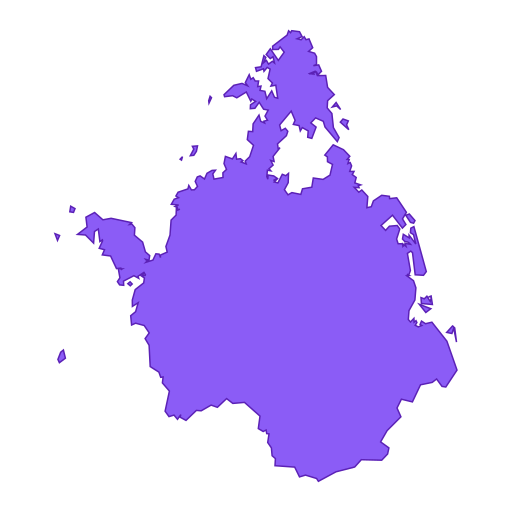 Antsiranana II, Diana, Madagascar (Mercator projection)
{"feature_id": "10022922B22775533170221", "entity_name": "Antsiranana II", "entity_type": "district", "adm_level": 2, "iso_a3": "MDG", "parent_name": "Madagascar", "parent_adm1": "Diana", "projection": "mercator", "projection_center": [49.235, -12.498], "detail": "fine", "context": "isolated", "style": "filled", "palette": "violet", "viewbox_px": 512, "rotation_deg": 0, "n_neighbors": 0, "source": "geoboundaries", "source_scale": "gbopen_adm2", "svg_char_len": 6032}
<svg xmlns="http://www.w3.org/2000/svg" viewBox="0 0 512 512"><path d="M280.0,147.7L278.2,148.8L277.5,143.9L286.4,135.7L287.8,131.3L285.3,128.3L281.1,130.7L279.6,125.0L291.2,111.1L295.1,120.3L293.3,124.4L299.1,125.6L300.3,130.9L302.3,127.6L308.2,130.9L307.7,137.3L311.8,138.4L316.1,127.1L310.8,122.9L315.6,117.9L323.3,121.3L325.0,127.0L337.3,141.6L339.1,137.6L333.4,127.6L331.9,113.5L327.2,107.9L327.6,100.7L334.3,94.6L327.6,87.4L325.7,75.5L317.4,75.6L315.8,71.7L313.2,72.8L314.5,74.8L313.1,73.5L312.2,74.1L311.4,73.6L309.9,73.9L309.4,73.6L315.2,71.2L316.6,72.1L317.9,74.9L321.5,71.3L318.7,64.9L313.4,65.7L316.5,64.4L316.5,56.6L314.6,53.2L308.6,51.4L312.7,47.7L309.0,38.9L306.0,39.7L304.2,36.7L301.1,39.8L297.1,38.8L302.1,36.6L299.5,31.7L291.7,30.7L290.6,32.7L288.6,30.8L287.1,35.1L272.6,46.2L272.7,49.5L278.4,49.4L280.1,46.9L284.2,52.2L278.3,60.4L270.3,48.8L266.2,54.5L270.3,58.6L273.0,56.7L274.5,63.0L272.4,61.3L268.5,64.1L266.4,60.4L263.8,62.5L265.8,57.4L263.9,55.7L261.1,66.8L255.5,67.6L256.5,71.3L263.5,68.8L264.0,71.3L267.2,67.4L270.1,69.1L268.0,78.6L272.4,83.0L270.9,86.1L275.8,85.2L277.7,98.2L274.5,97.3L271.7,90.9L266.7,98.7L264.9,91.3L260.0,90.4L261.0,86.1L257.7,86.6L258.6,81.0L255.2,81.0L253.2,77.7L250.8,79.3L249.2,74.7L245.3,82.6L247.6,85.8L242.0,83.4L233.8,85.3L224.0,94.7L224.6,96.7L232.6,95.7L236.8,97.8L246.3,92.0L250.8,101.2L251.8,99.0L255.6,101.4L250.5,104.8L250.3,108.7L254.9,108.3L259.2,102.3L263.6,109.2L268.2,110.1L265.0,116.1L267.5,120.2L263.9,121.2L264.6,123.0L260.7,121.3L259.0,115.1L253.1,123.9L252.7,131.6L248.4,131.3L247.3,139.6L253.5,145.3L249.7,156.7L245.2,161.1L246.2,163.9L241.1,162.0L242.9,160.7L240.4,158.7L236.6,159.2L235.9,153.5L232.4,158.9L225.4,156.4L224.0,163.6L226.5,169.4L222.9,172.8L223.0,177.5L214.0,179.1L212.8,173.9L215.5,170.2L212.0,170.4L207.0,173.3L204.5,179.0L200.1,175.9L197.3,176.9L195.2,181.4L197.5,186.4L194.4,189.8L191.4,189.9L188.8,185.5L187.9,188.9L178.1,192.2L175.9,196.0L178.5,197.7L174.2,199.2L171.3,204.3L178.6,205.0L175.1,206.5L177.2,207.2L177.7,209.7L179.9,209.2L177.5,210.2L176.4,207.3L176.1,215.1L171.1,220.1L170.0,235.1L165.9,246.5L167.2,252.1L160.3,255.1L160.5,257.6L159.1,254.1L155.9,253.8L152.9,260.1L145.9,262.3L147.5,260.6L145.8,259.7L145.5,259.3L149.0,260.2L149.7,255.6L145.4,251.9L142.6,242.1L134.4,235.2L134.9,227.7L131.4,223.5L130.9,224.3L129.5,224.5L131.5,222.6L111.1,218.3L102.9,219.8L94.6,212.5L85.9,217.2L87.1,227.0L77.5,234.4L85.5,235.0L93.6,243.1L94.5,231.5L98.3,229.0L99.9,241.6L102.4,239.9L102.6,240.8L99.2,248.3L104.5,249.7L102.3,254.9L110.6,256.0L116.5,268.6L120.4,268.1L121.2,268.3L121.5,269.2L121.8,268.9L122.2,268.9L121.3,269.4L120.1,268.2L118.4,269.2L119.9,277.8L117.4,281.6L119.6,284.9L123.7,285.3L123.5,281.1L133.9,275.7L138.7,278.3L138.0,276.3L144.5,272.0L142.8,274.3L144.7,273.7L145.4,274.5L145.2,275.4L141.5,276.0L144.4,278.0L143.7,282.9L135.2,289.6L132.3,300.1L132.4,306.4L138.2,302.7L135.6,311.7L130.7,315.7L131.6,325.0L135.6,323.2L144.2,325.5L149.2,332.9L145.1,338.6L149.1,345.3L150.2,366.6L158.9,372.1L160.7,377.3L163.1,377.0L162.4,382.9L169.4,391.1L165.1,411.2L169.0,416.6L174.0,415.1L177.5,419.3L180.8,414.6L180.1,417.2L186.0,420.4L196.4,410.4L201.2,410.8L211.1,405.1L217.4,407.3L226.6,398.6L232.8,403.4L244.5,402.4L260.0,416.1L258.3,428.6L263.2,431.5L266.1,430.0L266.7,433.6L269.0,433.9L267.7,442.5L271.4,447.9L272.1,455.7L275.4,458.6L275.0,465.7L294.7,467.1L299.5,476.9L305.5,475.1L316.6,478.5L318.4,481.3L336.0,471.8L354.7,467.0L361.3,459.7L381.7,460.2L387.6,454.0L388.9,447.9L380.6,441.9L387.1,430.6L400.9,416.8L397.0,408.0L401.4,399.2L412.4,401.9L420.5,384.8L432.2,382.4L436.6,379.0L442.0,386.4L445.8,387.0L457.0,370.1L446.9,341.2L431.9,322.2L425.5,323.7L421.5,321.1L420.1,324.5L421.8,325.5L418.3,326.9L415.2,325.3L416.9,322.5L416.0,320.7L414.1,322.2L413.9,318.4L410.5,322.0L408.3,319.5L409.0,310.6L414.9,300.0L415.9,287.8L413.5,280.7L406.8,275.8L409.2,275.5L406.9,274.3L408.9,274.7L410.4,270.5L407.4,253.4L410.8,251.1L412.5,252.7L415.2,274.8L423.5,275.3L426.3,271.6L413.9,226.6L410.8,228.2L410.4,232.7L413.5,234.6L415.8,244.0L409.1,235.2L409.2,237.9L403.3,234.3L402.5,239.0L404.7,241.4L407.9,242.1L409.5,243.3L410.4,244.3L405.0,243.4L406.0,246.4L403.0,244.1L403.4,245.9L402.9,246.4L402.6,243.8L398.1,243.7L396.6,239.0L399.8,229.0L397.2,225.5L389.4,226.2L385.6,230.4L381.0,225.5L392.5,215.2L402.4,228.1L405.9,224.5L402.5,218.9L406.4,212.3L396.7,197.8L389.6,198.6L389.4,196.3L381.7,195.3L373.4,200.9L371.3,206.7L366.9,207.7L367.8,196.5L361.8,190.0L358.8,192.2L354.2,187.3L359.1,187.7L358.3,185.7L360.7,184.9L354.8,182.9L356.2,177.5L352.3,174.6L354.0,171.4L349.7,171.4L351.6,165.9L350.2,162.6L347.9,163.6L349.2,159.5L347.1,159.4L349.8,156.3L343.5,149.7L333.2,144.8L324.8,155.1L327.4,156.9L327.5,161.7L332.5,164.4L330.0,175.1L323.1,179.4L313.3,178.0L311.8,187.2L302.5,188.8L300.8,194.4L291.9,192.6L288.0,194.8L284.4,189.7L288.2,182.7L288.5,173.4L285.8,175.7L282.3,174.3L277.9,182.9L274.2,182.0L276.3,179.9L273.4,180.4L277.3,178.4L273.7,175.9L268.0,175.0L267.8,179.2L266.8,176.5L267.4,170.2L270.8,170.8L269.0,168.7L273.1,165.1L270.7,160.4L274.1,161.5L273.1,156.4L280.0,147.7ZM431.1,296.0L428.5,297.0L430.3,296.6L431.3,297.8L430.2,301.4L426.9,296.2L424.3,298.8L421.0,297.6L421.4,303.5L432.4,304.5L431.1,296.0ZM65.4,358.2L63.4,350.0L60.7,352.2L57.9,359.4L59.4,362.7L65.4,358.2ZM430.8,308.7L419.3,304.3L425.8,312.5L430.8,308.7ZM454.7,327.9L452.5,326.0L446.7,332.4L451.9,333.5L453.7,328.2L456.5,342.1L454.7,327.9ZM197.5,145.9L192.4,146.3L193.8,149.1L190.3,155.7L193.8,155.3L196.4,151.4L197.5,145.9ZM409.3,214.0L405.8,215.3L410.5,222.4L413.6,223.2L415.0,220.6L409.3,214.0ZM343.0,119.0L340.3,122.1L348.8,129.7L346.6,124.9L348.3,120.9L343.0,119.0ZM70.7,206.2L69.8,211.8L73.5,212.4L75.0,208.6L70.7,206.2ZM340.6,109.5L336.1,102.5L332.3,107.0L336.7,105.9L340.6,109.5ZM59.6,235.5L55.0,233.7L57.5,240.4L59.6,235.5ZM130.1,281.8L127.8,283.7L130.3,285.8L132.2,284.0L130.1,281.8ZM210.1,96.3L208.7,100.7L209.0,103.1L211.5,97.7L210.1,96.3ZM181.5,160.1L182.5,156.7L180.1,159.2L181.5,160.1Z" fill="#8b5cf6" stroke="#5b21b6" stroke-width="1.5"/></svg>